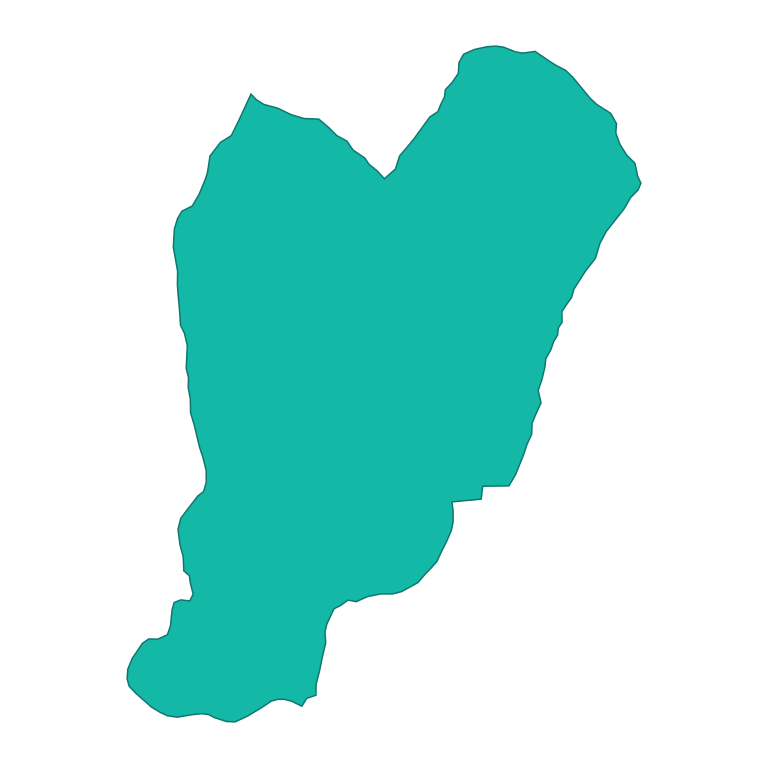 the district of Amaporã, Paraná, Brazil
{"feature_id": "56859067B75589258948916", "entity_name": "Amaporã", "entity_type": "district", "adm_level": 2, "iso_a3": "BRA", "parent_name": "Brazil", "parent_adm1": "Paraná", "projection": "albers", "projection_center": [-52.839, -23.139], "detail": "fine", "context": "isolated", "style": "filled", "palette": "teal", "viewbox_px": 768, "rotation_deg": 0, "n_neighbors": 0, "source": "geoboundaries", "source_scale": "gbopen_adm2", "svg_char_len": 2284}
<svg xmlns="http://www.w3.org/2000/svg" viewBox="0 0 768 768"><path d="M640.9,183.2L637.7,176.2L634.9,163.2L626.9,155.4L620.0,144.4L615.8,133.0L616.5,123.7L610.8,113.4L596.7,104.4L590.1,98.2L572.9,77.4L565.7,70.4L555.9,65.3L548.9,60.9L535.1,51.4L522.8,53.1L515.6,51.9L503.7,47.2L496.1,46.1L487.2,46.7L474.6,49.4L463.6,54.2L459.0,62.5L458.3,73.4L452.2,82.4L445.4,89.6L444.5,96.9L440.6,104.8L437.8,111.7L429.9,116.9L413.6,139.3L406.3,148.1L399.6,155.9L395.5,168.9L384.4,178.8L377.2,170.9L368.9,164.2L364.9,158.1L353.1,150.1L346.9,141.1L336.8,135.6L329.3,128.1L318.8,119.1L304.1,118.5L291.0,114.6L277.7,108.2L263.8,104.4L256.2,99.6L251.0,94.1L238.4,121.3L231.3,135.6L220.4,142.4L210.0,156.0L207.5,172.4L205.4,179.1L199.2,194.1L192.3,205.9L181.9,211.2L177.6,218.4L174.4,228.9L173.3,247.2L175.1,257.1L177.6,271.2L177.4,285.2L178.1,294.4L179.5,309.6L180.5,325.2L184.5,333.4L187.3,345.6L186.7,358.5L186.2,368.2L188.5,377.7L188.2,387.6L190.3,398.9L190.6,412.9L194.0,424.2L199.6,447.4L203.0,457.6L206.2,470.6L206.2,482.4L203.7,491.4L197.9,495.9L192.1,503.4L186.7,510.4L180.7,518.4L178.0,529.4L180.0,544.9L183.2,556.7L183.8,570.9L189.3,575.6L190.4,583.4L193.2,594.2L189.7,600.9L180.7,599.9L174.2,602.5L172.1,609.6L170.5,625.7L167.4,634.7L157.6,639.2L148.9,638.9L142.5,643.2L132.1,658.6L127.8,669.2L127.1,678.9L129.2,686.4L136.5,693.9L151.6,707.2L160.6,712.6L167.3,715.7L177.2,717.2L192.6,714.6L202.0,713.7L208.7,714.6L214.6,717.7L226.4,721.5L235.1,721.9L247.7,716.0L262.0,707.4L271.1,701.2L277.8,699.3L284.4,699.3L291.5,701.2L301.9,706.2L306.7,698.4L315.9,695.2L316.1,684.4L319.6,670.6L322.1,658.1L325.7,642.9L325.0,631.9L326.9,623.9L334.0,608.8L340.9,605.2L348.0,600.1L356.3,601.7L367.4,596.6L380.9,593.9L392.6,593.9L401.6,591.6L409.6,587.2L417.9,582.6L424.7,574.7L430.5,568.7L437.0,561.4L440.5,553.6L446.6,541.4L451.4,530.4L453.1,521.9L453.1,511.3L452.0,501.9L481.2,499.1L482.7,486.2L508.9,485.9L515.8,474.1L523.7,454.4L526.9,444.7L531.7,434.1L532.1,423.2L535.3,415.4L541.0,402.9L538.2,390.4L541.8,380.0L544.9,367.2L545.8,358.6L550.8,349.9L553.6,341.7L557.6,335.1L558.3,328.0L562.1,322.2L561.9,311.5L566.3,304.9L571.6,297.4L573.9,289.2L585.4,271.2L595.5,258.2L599.9,243.4L606.3,231.4L624.0,209.0L630.5,197.7L638.1,189.9L640.9,183.2Z" fill="#14b8a6" stroke="#0f766e" stroke-width="1.5"/></svg>